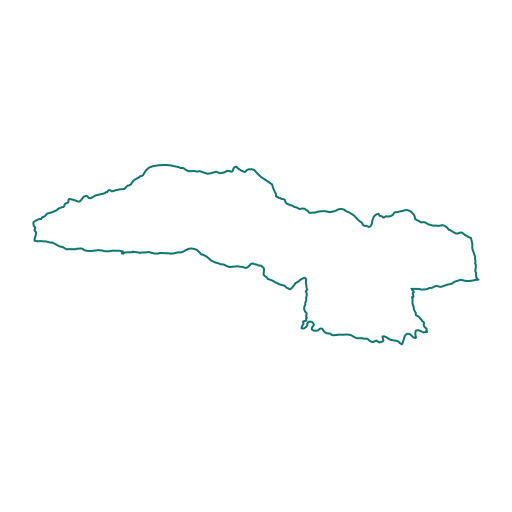 the district of Vianí, Cundinamarca, Colombia, rotated 87°
{"feature_id": "7082276B21790258987214", "entity_name": "Vianí", "entity_type": "district", "adm_level": 2, "iso_a3": "COL", "parent_name": "Colombia", "parent_adm1": "Cundinamarca", "projection": "orthographic", "projection_center": [-74.551, 4.881], "detail": "fine", "context": "isolated", "style": "outline", "palette": "teal", "viewbox_px": 512, "rotation_deg": 87, "n_neighbors": 0, "source": "geoboundaries", "source_scale": "gbopen_adm2", "svg_char_len": 6083}
<svg xmlns="http://www.w3.org/2000/svg" viewBox="0 0 512 512"><g transform="rotate(87 256 256)"><path d="M229.2,476.2L229.9,473.2L229.8,470.3L230.3,467.4L230.4,465.3L231.8,460.7L232.0,458.3L236.1,451.8L237.0,448.5L239.5,444.8L239.3,443.3L239.8,435.8L239.4,434.9L239.3,430.2L239.9,428.7L241.0,427.3L241.5,426.2L242.1,424.1L242.4,420.2L241.9,413.2L242.4,409.4L243.2,407.7L243.6,403.0L243.2,398.5L243.6,392.1L244.4,389.3L244.5,388.1L245.3,389.9L246.0,389.7L245.5,388.7L246.6,388.4L245.6,386.9L245.7,378.4L245.3,378.4L246.3,373.2L246.8,371.9L246.5,369.4L246.7,366.6L246.4,362.9L248.2,357.5L248.5,353.8L248.0,352.3L248.0,351.4L248.8,342.8L249.2,340.9L249.1,338.0L248.2,333.3L248.6,331.2L247.9,328.7L247.1,327.0L246.5,326.1L246.0,324.4L245.3,323.2L245.1,320.5L245.9,316.7L246.9,314.6L250.0,311.7L251.2,311.1L251.7,310.3L251.9,308.9L254.1,305.2L257.9,301.4L258.7,300.2L260.7,296.1L261.0,294.6L262.2,292.2L262.9,288.6L264.7,285.4L265.6,283.2L265.3,274.9L266.1,271.6L266.0,270.5L267.5,266.9L266.6,264.6L263.7,261.5L263.4,260.6L263.4,259.3L264.0,258.2L264.7,255.4L265.5,254.1L265.9,251.6L268.1,249.2L269.5,248.6L274.6,249.4L275.1,249.3L276.3,248.5L277.9,246.3L279.4,245.5L281.7,240.3L283.0,238.6L285.1,234.8L286.6,231.2L287.1,229.2L289.3,227.0L290.6,224.7L291.0,223.7L290.1,222.3L287.4,219.6L285.1,218.0L284.1,215.6L282.2,213.1L281.3,211.4L280.4,209.4L280.4,208.3L281.8,207.1L285.2,207.6L288.0,207.2L289.6,207.3L292.4,206.7L293.7,208.0L294.3,208.1L295.7,207.4L296.9,207.3L297.8,207.3L300.4,208.1L303.1,208.1L305.3,209.3L307.1,209.3L309.2,210.4L311.4,210.7L313.2,210.2L314.3,209.7L315.5,208.6L316.2,208.4L319.1,209.1L320.3,208.5L321.4,209.3L322.9,209.0L323.2,209.2L323.7,212.1L324.2,212.5L324.4,212.6L325.1,212.2L326.2,212.1L329.2,214.1L330.4,214.2L330.9,213.0L330.7,211.5L329.4,209.6L328.4,208.9L327.5,208.4L326.2,208.3L325.0,207.5L324.5,206.7L324.3,205.6L324.5,204.4L324.9,203.6L326.1,202.3L327.4,201.9L328.2,202.0L330.5,203.9L331.1,204.1L331.7,204.1L332.8,203.6L333.5,202.4L333.8,200.0L333.6,198.2L332.1,196.2L331.8,194.5L332.3,193.5L334.5,192.3L336.0,190.9L336.9,189.2L337.5,185.6L338.6,184.7L338.9,184.1L339.2,182.9L338.9,176.5L339.2,173.2L339.1,170.0L339.8,165.6L342.7,161.2L343.2,159.8L343.5,158.8L343.6,154.4L344.1,152.9L344.5,149.0L346.6,147.0L347.8,145.0L348.0,143.6L346.8,140.3L348.8,137.3L348.3,135.0L347.8,133.7L347.3,133.3L346.8,133.2L344.3,133.8L343.1,133.8L342.9,132.8L343.0,132.1L344.1,129.8L346.0,127.4L346.6,126.2L347.1,124.9L348.3,119.2L349.3,117.8L350.5,116.9L351.7,115.2L351.4,114.5L343.7,111.6L342.8,110.9L341.7,109.3L341.6,107.8L342.3,106.2L345.3,103.2L346.0,102.2L346.2,101.3L345.8,100.5L342.3,101.0L339.2,100.5L338.8,100.1L338.6,97.5L341.0,92.9L340.9,89.3L340.3,89.2L339.9,89.9L338.1,89.3L337.2,89.8L335.6,91.5L334.5,92.0L333.6,92.1L331.7,91.7L330.8,92.0L329.6,93.5L328.0,94.3L327.5,95.0L325.3,96.4L323.5,99.3L322.7,99.6L321.3,99.4L317.4,101.2L315.3,101.2L313.9,101.5L313.4,101.9L310.8,102.2L307.1,101.9L305.8,102.3L305.3,102.2L305.2,101.3L304.7,100.9L301.3,101.5L300.6,100.4L300.2,100.3L299.5,100.5L298.2,101.8L297.0,102.2L297.4,94.7L298.2,92.9L298.2,88.6L297.9,86.7L296.9,84.0L297.1,83.1L296.8,81.3L295.8,79.3L295.4,77.8L295.5,76.4L296.5,73.7L296.3,72.0L294.8,67.2L293.8,61.8L292.1,59.1L290.5,53.0L292.1,46.9L292.0,42.0L291.3,37.5L291.4,36.1L291.2,35.4L289.2,37.0L287.8,37.3L285.0,37.1L282.4,37.8L281.4,37.7L279.7,37.2L277.4,37.0L275.8,37.0L274.8,37.6L273.2,37.1L269.7,37.4L268.1,37.2L260.8,39.4L258.7,39.6L255.2,39.3L249.3,40.4L248.3,42.6L246.1,45.9L243.5,49.1L243.2,50.5L244.2,53.8L243.8,55.7L240.0,61.3L239.8,62.2L238.0,63.3L237.3,64.0L235.3,66.9L235.0,68.0L235.5,72.5L235.2,73.4L234.8,78.4L233.4,82.2L231.3,85.4L230.9,87.3L231.1,89.3L230.8,89.8L229.5,91.6L228.3,94.0L227.3,95.1L225.0,95.4L223.0,96.2L219.9,98.7L218.4,101.6L218.1,102.5L218.0,104.4L219.5,112.1L219.6,114.7L219.9,115.6L222.2,117.3L223.3,119.7L223.5,121.4L223.2,124.3L224.3,126.3L224.1,127.1L223.7,127.3L222.8,128.6L222.4,130.3L222.1,130.7L220.8,131.1L220.3,131.7L220.8,133.6L221.7,135.1L222.8,136.1L224.5,137.1L226.9,138.0L230.1,138.7L231.9,139.8L232.9,141.2L232.9,141.9L231.6,144.3L231.6,146.1L230.9,147.1L230.3,147.8L229.0,148.1L228.2,148.8L226.0,151.5L220.6,156.1L217.5,160.5L215.5,164.5L214.6,164.9L213.6,167.8L213.5,169.0L213.7,171.0L214.0,172.1L214.5,172.8L215.3,175.0L215.9,178.7L216.0,180.3L214.8,184.9L214.7,188.9L215.1,192.8L215.7,194.3L215.7,199.9L215.3,200.9L213.5,202.0L212.5,203.8L211.5,204.7L211.0,206.9L211.3,210.2L209.7,212.8L208.9,215.4L207.6,217.0L207.2,218.7L205.7,221.8L205.0,222.9L203.2,223.9L201.6,224.3L201.2,224.7L200.7,225.5L200.3,227.5L199.3,229.2L199.2,229.9L197.4,232.8L194.9,232.8L193.9,233.5L188.3,235.6L185.4,236.1L177.4,246.7L174.4,249.7L169.9,253.4L169.1,255.8L169.1,259.0L169.6,260.4L171.5,262.6L171.5,263.1L170.0,266.2L168.7,267.9L167.2,269.8L165.8,270.9L166.0,272.2L166.4,273.0L167.1,273.7L170.0,275.0L170.4,275.7L170.5,276.3L169.7,278.5L169.5,280.7L170.8,283.0L171.4,287.0L171.3,288.2L169.7,291.3L171.1,297.2L171.3,300.3L168.5,307.2L168.3,308.5L168.6,309.9L168.5,311.1L167.8,313.7L167.9,318.5L166.7,321.1L165.9,322.2L165.1,322.9L164.3,324.3L164.3,326.5L163.3,328.2L161.0,336.8L160.3,341.8L160.3,348.5L160.9,354.1L162.0,357.9L164.3,361.0L166.8,363.0L169.1,364.4L169.9,365.4L170.4,367.8L171.1,368.5L173.8,373.8L175.7,375.7L177.9,377.1L178.8,378.8L179.0,380.3L179.7,381.4L181.2,382.7L182.2,384.0L182.3,388.4L183.0,393.0L183.8,395.5L183.8,396.5L182.7,398.2L182.6,399.5L183.5,400.7L184.4,401.2L184.5,402.8L185.1,403.2L185.5,404.1L187.1,412.9L189.6,417.9L189.6,418.8L189.2,420.0L187.3,421.6L187.2,422.6L187.7,424.9L191.6,428.3L192.1,428.9L192.4,430.1L192.2,431.1L190.9,433.9L189.5,438.1L189.3,439.2L189.6,440.0L192.5,440.7L193.0,441.2L193.6,443.5L194.3,444.2L196.3,445.0L197.0,445.8L197.2,447.5L198.1,449.9L198.1,450.5L199.9,452.7L201.9,458.1L202.4,461.4L203.0,462.5L205.4,465.0L206.4,467.8L207.8,468.5L207.9,471.2L209.8,475.4L210.6,476.4L211.9,476.6L214.4,476.3L215.9,475.0L216.9,475.3L217.2,475.1L218.7,475.8L219.3,475.6L220.8,474.4L221.4,474.4L222.0,474.7L223.2,474.7L226.9,476.1L228.3,476.4L229.2,476.2Z" fill="none" stroke="#0f766e" stroke-width="2"/></g></svg>